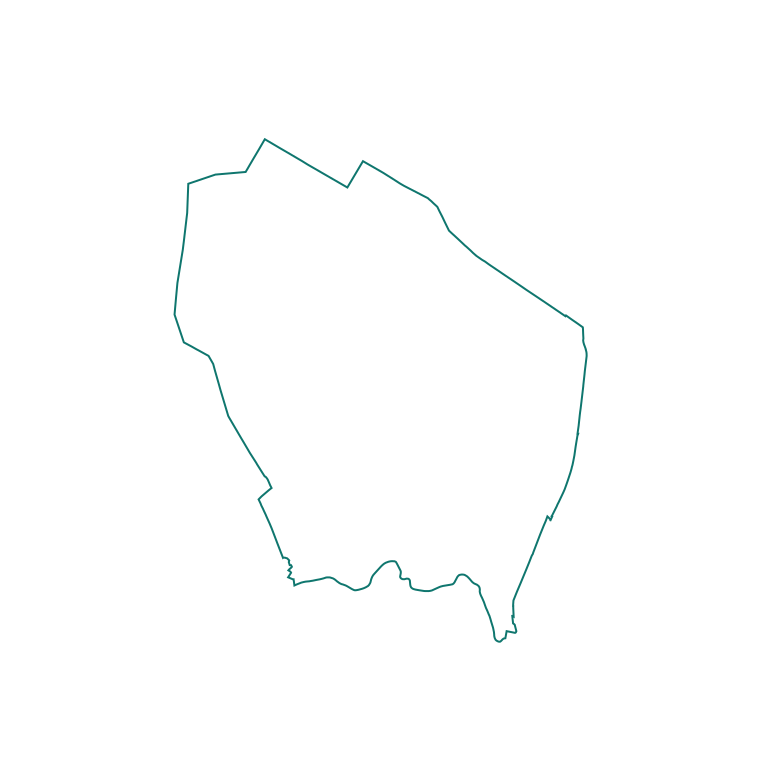 outline of Soest, Utrecht, Netherlands, rotated 143°
{"feature_id": "6326949B26493124022578", "entity_name": "Soest", "entity_type": "district", "adm_level": 2, "iso_a3": "NLD", "parent_name": "Netherlands", "parent_adm1": "Utrecht", "projection": "mercator", "projection_center": [5.308, 52.157], "detail": "fine", "context": "isolated", "style": "outline", "palette": "teal", "viewbox_px": 768, "rotation_deg": 143, "n_neighbors": 0, "source": "geoboundaries", "source_scale": "gbopen_adm2", "svg_char_len": 6058}
<svg xmlns="http://www.w3.org/2000/svg" viewBox="0 0 768 768"><g transform="rotate(143 384 384)"><path d="M448.1,115.3L448.4,114.6L448.7,113.2L448.8,112.6L448.7,112.1L448.7,111.8L448.4,110.9L447.9,109.9L447.5,109.3L447.1,108.9L446.6,108.5L446.5,108.4L446.0,108.3L445.7,108.3L444.6,108.4L443.2,108.7L442.7,108.7L441.7,108.7L441.2,108.5L440.1,107.9L437.5,110.3L434.8,112.8L429.1,106.4L428.7,106.3L428.2,106.3L427.3,106.8L427.1,106.9L426.9,107.3L424.6,112.8L424.5,113.0L424.5,113.3L424.6,113.8L424.8,114.7L425.0,115.1L421.9,120.3L421.1,121.6L420.8,121.4L420.6,120.9L420.4,120.3L415.4,127.6L414.4,128.9L414.5,129.0L413.6,130.1L411.0,133.1L410.6,133.4L403.0,138.0L394.5,142.9L382.1,150.2L375.4,154.2L369.9,157.6L369.0,158.1L367.6,158.6L366.2,159.6L350.1,169.7L341.6,174.8L337.2,177.3L335.5,178.4L333.2,179.9L332.9,178.2L332.7,175.9L332.8,175.7L332.7,175.7L332.6,175.4L332.6,175.2L329.5,176.9L329.8,177.4L329.8,177.5L329.7,177.5L329.7,177.4L320.6,181.9L319.6,182.4L318.1,183.3L315.4,184.6L307.2,188.9L305.7,189.7L303.2,191.1L299.8,193.3L295.3,196.3L288.8,200.8L286.9,202.2L285.2,203.5L283.8,204.7L282.3,205.8L279.1,208.6L275.0,212.3L268.9,218.4L268.8,218.5L265.9,221.3L260.1,226.8L259.7,226.8L258.9,227.4L259.4,227.8L254.8,232.4L253.7,233.5L246.6,241.1L244.4,243.4L242.8,245.0L242.5,245.3L241.7,246.1L236.7,251.3L226.2,262.3L225.8,262.8L219.5,269.5L219.4,269.6L218.0,271.1L215.7,273.6L212.9,276.5L205.5,284.2L204.8,285.1L203.9,286.4L203.4,287.2L202.9,288.2L202.3,289.7L202.0,290.4L201.9,290.4L200.6,294.6L200.6,294.8L200.4,295.3L200.3,295.6L200.0,296.3L199.8,296.9L199.4,297.7L198.6,299.1L197.7,300.0L197.4,300.3L194.9,304.0L192.1,308.0L191.1,309.6L192.9,315.4L195.1,322.0L196.4,326.1L197.4,329.2L198.3,328.9L207.0,354.5L212.9,371.4L213.7,373.7L218.2,387.1L221.9,397.8L227.5,414.2L228.4,416.9L228.7,417.9L229.0,418.9L229.6,420.9L230.0,421.9L230.4,422.8L231.0,424.3L233.1,430.7L234.0,435.0L234.4,437.7L234.5,438.4L235.2,442.1L235.6,444.2L236.0,445.8L237.7,455.8L239.2,463.8L239.8,467.4L238.2,475.7L237.9,477.2L236.9,482.0L235.7,488.9L234.8,493.3L235.0,494.7L235.7,498.4L236.2,501.6L236.9,504.6L237.1,506.0L239.1,510.1L248.7,530.1L249.6,532.2L250.6,534.6L253.4,542.2L257.5,553.0L261.7,562.9L266.7,574.6L295.0,563.0L312.9,605.2L315.3,611.4L323.1,630.1L325.5,635.8L327.1,639.7L331.9,651.2L342.3,646.8L352.3,642.7L359.5,639.7L362.8,638.3L366.9,636.6L392.6,652.7L395.0,653.5L419.8,661.7L438.3,639.0L440.8,636.4L458.0,618.4L464.0,612.2L488.2,589.0L499.3,576.8L509.5,565.5L518.8,537.7L515.1,529.7L512.8,524.4L511.9,522.5L507.2,512.0L508.3,503.3L508.4,502.7L510.9,496.5L516.1,483.0L518.3,477.4L520.7,470.9L527.6,452.3L527.9,450.4L530.7,426.4L531.1,422.6L532.6,409.6L533.5,397.8L533.7,396.4L534.5,387.0L534.9,382.0L534.5,381.4L534.4,381.0L534.3,380.3L534.3,379.5L534.3,378.6L534.4,377.6L534.5,377.2L534.9,375.5L535.4,373.4L535.8,371.9L536.4,368.6L540.1,368.5L548.4,368.0L549.7,367.9L553.6,367.3L554.5,362.8L555.1,360.8L555.7,357.4L556.2,355.3L557.2,350.5L557.5,349.4L557.8,348.1L558.1,346.8L559.3,341.5L560.2,337.9L560.5,336.7L562.1,331.1L564.3,323.5L565.0,321.1L569.3,305.9L568.9,305.9L568.6,305.7L567.7,305.0L567.2,304.3L566.4,303.2L566.2,302.9L566.2,302.5L566.1,301.9L565.9,300.6L565.9,300.1L566.2,300.0L566.7,299.4L567.2,299.1L568.3,296.1L567.7,295.5L567.3,295.3L567.3,295.2L567.5,293.6L567.7,293.4L568.6,293.2L570.0,293.1L571.2,293.0L572.5,292.7L571.8,290.9L571.7,290.4L571.7,289.9L571.8,289.2L576.9,287.3L574.1,282.5L573.8,282.4L574.7,280.7L576.8,277.0L575.4,276.7L574.1,276.4L570.9,275.5L569.7,275.2L567.8,274.4L566.9,274.0L565.3,273.2L562.4,271.4L560.8,270.6L559.3,269.8L555.9,268.2L552.7,266.6L550.6,265.7L549.1,265.1L546.7,264.3L546.4,264.1L546.0,263.9L545.4,263.5L544.4,262.7L543.9,262.3L543.4,261.8L542.7,260.8L541.9,259.7L541.5,259.0L541.2,258.2L540.9,257.4L540.4,255.3L540.2,254.3L539.8,253.2L539.5,252.1L539.2,251.4L538.9,250.8L538.6,250.2L538.4,249.8L537.5,248.7L536.4,247.0L535.8,246.1L535.6,245.6L535.1,244.6L533.0,239.5L532.6,238.7L531.9,237.4L531.7,237.1L531.0,236.5L530.0,235.9L528.2,235.0L524.9,233.7L523.1,233.1L521.8,232.8L520.9,232.6L518.3,232.3L517.8,232.4L517.0,232.5L516.2,232.8L514.8,233.4L514.4,233.6L513.4,234.4L511.8,235.7L510.7,236.4L509.5,237.1L508.1,237.7L507.4,237.9L506.1,238.2L496.1,240.1L494.4,240.3L493.0,240.4L491.9,240.4L491.1,240.3L490.2,240.2L489.2,239.9L487.8,239.5L487.0,239.2L485.9,238.7L485.0,238.2L484.1,237.6L483.4,237.0L482.8,236.5L482.3,236.1L481.9,235.4L481.7,235.1L481.6,234.8L481.6,234.6L481.6,234.3L481.9,232.1L483.1,225.2L483.3,224.5L483.6,223.9L484.0,223.4L484.3,223.0L484.8,222.5L486.6,220.9L486.9,220.6L487.1,220.3L487.3,220.0L487.3,219.7L487.4,219.4L487.4,218.8L487.3,218.5L487.3,218.3L487.1,217.9L486.9,217.4L486.8,217.2L486.6,217.0L486.2,216.6L485.2,215.8L483.4,215.1L483.0,214.9L482.5,214.5L482.3,214.3L481.8,213.8L481.6,213.4L481.5,212.9L481.5,212.5L481.5,212.1L481.6,211.6L481.7,211.4L483.9,207.8L484.5,206.5L484.6,205.9L484.7,205.4L484.7,204.8L484.6,204.4L484.5,204.0L484.3,203.4L484.2,203.1L483.9,202.7L483.7,202.3L483.3,201.8L482.7,201.0L480.1,198.2L476.8,194.8L475.7,193.8L474.1,192.6L473.2,191.9L472.0,191.2L471.2,190.8L470.0,190.3L469.1,190.1L464.6,189.1L462.0,188.5L460.6,188.1L458.4,187.2L452.1,183.9L450.6,183.2L449.7,182.8L449.0,182.8L448.5,182.8L446.9,183.2L446.6,183.4L442.9,185.1L441.9,185.6L441.1,185.9L440.6,186.0L439.8,186.1L439.3,186.2L439.0,186.1L438.2,185.9L437.6,185.6L436.5,185.0L436.1,184.7L435.6,184.2L435.0,183.7L434.8,183.4L434.5,182.9L434.3,182.6L433.9,181.6L433.5,180.6L433.4,180.2L433.3,179.7L433.2,179.1L433.0,177.6L432.9,176.3L432.7,172.9L432.6,172.5L432.4,171.6L432.1,170.6L431.8,170.0L430.8,168.2L430.6,167.9L430.4,167.2L430.2,166.5L430.0,165.5L430.1,165.1L430.1,164.6L430.2,164.2L430.3,163.9L430.5,163.3L430.7,163.0L431.0,162.5L431.2,162.1L432.4,160.7L432.6,160.4L432.9,159.7L433.4,158.6L433.6,157.8L433.9,156.8L434.4,154.1L434.8,152.4L435.5,149.5L436.2,147.4L437.3,143.9L438.0,140.7L439.0,136.9L439.3,135.4L439.8,134.0L440.4,132.3L441.5,129.5L443.6,123.7L444.3,122.2L445.5,119.7L446.6,117.9L447.6,116.4L448.1,115.3Z" fill="none" stroke="#0f766e" stroke-width="2"/></g></svg>